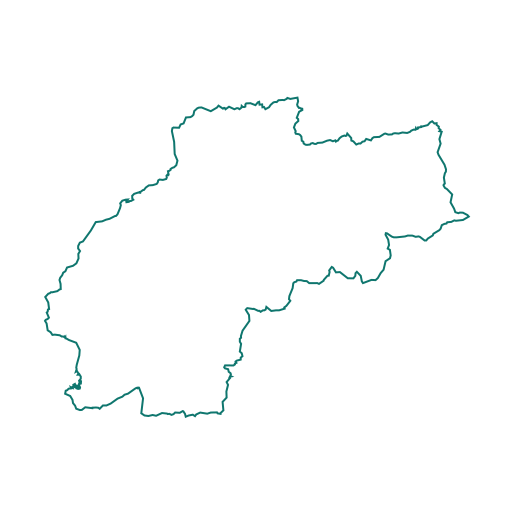 the district of Balsa, Hunedoara, Romania, rotated 86°
{"feature_id": "2599482B86876194197645", "entity_name": "Balsa", "entity_type": "district", "adm_level": 2, "iso_a3": "ROU", "parent_name": "Romania", "parent_adm1": "Hunedoara", "projection": "mercator", "projection_center": [23.071, 46.051], "detail": "fine", "context": "isolated", "style": "outline", "palette": "teal", "viewbox_px": 512, "rotation_deg": 86, "n_neighbors": 0, "source": "geoboundaries", "source_scale": "gbopen_adm2", "svg_char_len": 6098}
<svg xmlns="http://www.w3.org/2000/svg" viewBox="0 0 512 512"><g transform="rotate(86 256 256)"><path d="M279.1,465.8L282.2,469.1L287.8,466.5L294.5,466.1L294.9,467.3L297.0,467.7L297.8,468.7L303.1,466.9L304.3,468.2L305.0,470.2L306.0,471.0L308.7,469.6L315.6,469.0L317.7,466.2L320.5,464.6L320.4,462.2L321.4,457.3L322.8,455.4L322.8,454.1L323.6,452.7L323.3,452.5L324.2,452.1L323.8,451.8L324.5,451.8L326.8,448.4L330.0,441.4L337.4,438.4L342.9,439.2L352.0,442.4L354.9,443.1L356.3,442.8L358.9,443.8L358.3,442.6L360.9,441.3L362.0,442.1L362.1,441.1L361.6,440.5L364.1,439.2L366.2,439.4L368.1,441.2L369.1,440.9L369.0,440.0L367.9,439.2L370.9,439.6L370.8,440.5L372.0,441.0L370.8,441.3L373.0,442.3L373.7,443.3L374.5,442.4L374.5,440.8L375.1,440.7L376.0,441.1L376.2,442.7L375.4,444.5L374.2,444.7L374.2,446.0L373.5,446.4L372.6,444.4L372.1,445.4L371.0,445.6L371.7,447.1L372.8,446.7L373.0,447.2L373.6,447.0L373.8,448.2L374.9,448.0L374.5,448.9L374.8,449.2L374.2,449.9L375.2,449.7L375.3,452.2L376.7,453.7L377.1,455.2L380.1,456.0L382.7,451.1L386.7,449.1L390.0,448.8L392.7,446.9L395.8,446.0L397.4,442.4L397.4,440.5L395.0,436.9L396.4,429.8L395.9,429.7L396.0,426.0L396.4,423.9L397.5,422.6L394.4,419.1L394.7,415.7L393.1,411.3L388.6,404.0L387.0,399.1L385.2,396.8L384.4,393.3L379.9,385.9L379.2,384.4L379.7,383.4L379.0,382.9L379.2,381.9L390.1,378.6L404.9,381.4L407.3,378.4L408.1,374.5L407.4,370.2L408.4,366.8L406.1,360.7L407.0,355.7L407.5,355.1L407.4,353.4L408.6,351.4L408.0,349.3L406.5,347.6L407.1,343.0L405.6,339.9L405.9,339.3L408.6,337.8L411.4,337.3L410.4,334.2L409.9,330.1L411.5,328.0L409.9,326.7L408.3,322.6L409.9,315.6L409.0,312.0L409.3,305.8L410.3,305.3L411.0,302.4L410.2,302.3L407.7,299.3L399.2,299.5L395.2,295.2L389.1,295.0L382.6,292.9L379.7,294.1L376.1,290.6L375.7,291.1L374.6,290.5L374.4,289.0L373.8,290.0L372.3,289.3L371.1,289.6L369.6,291.3L367.0,291.7L365.9,294.8L364.8,295.5L363.0,294.5L363.6,286.1L362.7,284.6L361.8,284.6L361.2,283.0L359.8,283.7L359.0,282.4L358.3,278.5L356.3,278.3L355.0,276.5L352.0,277.0L350.2,278.8L342.6,277.0L340.4,278.1L337.4,277.9L336.5,276.6L334.7,276.6L329.5,274.6L320.3,267.1L314.4,267.1L308.9,270.0L307.7,268.8L307.4,268.3L308.7,262.5L308.5,261.9L310.9,257.6L310.9,256.4L312.0,255.3L310.7,252.9L310.8,251.5L310.1,250.1L307.5,249.2L311.9,244.6L311.6,239.9L311.8,236.7L310.5,231.1L309.3,231.4L307.9,229.2L303.1,224.9L301.4,226.1L298.3,225.5L290.6,221.7L285.8,220.7L284.8,219.6L284.3,217.5L283.0,216.7L283.3,212.7L284.3,209.8L284.6,207.1L286.8,204.8L287.3,196.8L288.2,195.1L285.4,190.3L284.5,190.0L280.7,186.1L280.7,184.8L277.1,183.7L275.5,184.0L272.2,181.2L273.1,179.9L277.9,177.4L277.9,173.4L284.6,166.0L285.1,160.4L282.7,158.3L280.1,157.9L278.8,156.5L283.1,152.9L288.6,152.2L290.5,151.2L287.9,142.5L288.4,138.4L286.5,136.0L281.7,132.8L278.6,129.7L270.2,127.1L267.6,122.5L264.8,121.6L259.2,122.0L257.8,124.1L254.3,122.5L248.9,123.0L243.8,125.3L242.3,124.9L242.5,123.8L246.2,119.1L247.0,117.2L247.2,114.7L246.9,106.0L246.2,103.1L246.6,98.5L248.0,95.4L247.8,92.4L248.4,91.1L252.3,86.7L252.4,85.1L250.6,83.4L247.8,78.2L246.2,77.5L243.0,71.3L241.6,69.9L238.2,68.5L237.1,65.8L236.9,63.7L235.7,62.9L235.6,58.8L234.3,55.7L234.8,54.1L234.5,47.0L231.5,41.0L229.9,42.2L227.2,46.6L226.9,49.7L227.4,51.1L226.2,54.1L222.6,55.1L216.0,58.2L208.3,56.0L202.5,60.9L201.2,62.8L198.7,64.0L197.9,63.8L196.9,62.6L190.9,63.1L186.6,61.8L185.1,60.7L182.8,60.4L178.1,61.6L167.7,66.9L165.1,67.6L156.8,64.0L152.2,64.9L145.0,62.1L144.3,64.3L143.4,63.4L143.7,62.6L141.2,64.9L139.7,64.6L137.8,66.7L136.1,66.6L136.3,68.8L133.9,70.8L134.8,72.9L137.4,75.6L138.4,81.0L138.2,82.1L138.9,82.2L139.1,85.5L140.1,85.4L140.5,86.1L140.5,87.2L139.7,87.6L141.2,88.1L140.9,89.9L141.8,92.4L142.9,93.7L143.8,96.6L143.0,101.3L143.8,105.2L143.2,108.8L143.4,110.6L144.2,111.9L144.1,115.6L142.9,118.3L143.0,119.4L145.8,124.6L145.7,130.1L146.5,131.6L148.7,133.3L146.9,137.9L149.1,139.7L149.4,141.8L151.1,143.9L150.9,145.6L151.8,148.2L148.4,150.9L147.5,152.8L144.9,152.8L140.2,156.4L142.3,157.4L142.5,158.3L142.0,159.4L142.8,162.2L144.3,164.4L146.6,166.3L146.9,167.7L147.4,168.3L146.2,168.8L146.9,171.3L145.5,174.0L145.9,177.0L147.5,181.9L147.5,186.6L148.4,188.3L148.2,190.0L147.3,191.5L147.6,193.3L148.6,194.4L148.7,197.5L148.4,198.9L147.1,200.6L145.3,200.8L144.2,202.3L140.1,202.4L138.4,203.5L137.5,204.7L136.8,207.8L135.4,208.2L134.2,207.7L130.4,209.2L126.7,207.5L124.3,204.4L122.3,204.4L121.0,205.7L115.1,202.9L113.6,199.6L112.3,199.6L112.1,200.1L112.4,200.5L111.2,202.1L111.3,202.8L109.3,204.1L107.8,204.4L104.6,203.2L100.9,203.6L101.7,210.8L100.5,213.7L101.3,214.3L102.5,217.1L102.2,218.5L102.2,222.7L103.9,224.6L103.7,226.2L104.0,227.9L106.3,230.9L108.5,232.6L110.2,236.4L107.9,237.6L108.1,239.2L105.2,239.3L105.3,241.9L102.4,242.1L102.8,243.4L105.5,246.0L103.2,250.9L103.1,255.1L104.0,256.0L106.2,256.2L106.6,257.3L106.4,258.8L105.3,259.8L106.9,260.1L108.4,262.2L107.3,263.7L107.2,264.9L108.1,267.3L105.2,272.5L107.5,276.2L106.1,276.9L106.0,277.6L106.7,278.7L103.4,282.9L105.2,284.6L108.4,291.0L104.0,300.0L104.0,302.6L104.5,304.2L107.1,307.5L110.7,308.5L112.0,309.9L112.9,311.7L112.9,316.2L118.7,319.0L119.5,322.0L122.7,323.8L122.1,329.4L122.7,330.5L125.5,331.2L136.4,329.7L148.6,330.0L155.4,327.7L159.9,329.2L161.8,331.6L162.2,333.3L163.2,335.1L164.1,335.2L165.0,336.6L165.3,337.9L168.8,337.5L169.2,337.9L168.6,338.6L169.7,339.7L171.5,339.5L172.9,340.2L173.6,343.6L173.0,346.9L173.8,348.3L175.8,348.9L177.2,350.1L178.1,354.0L178.1,358.0L180.0,361.1L182.3,363.2L182.4,364.3L184.0,366.7L184.0,367.4L184.8,367.3L184.5,369.2L185.5,373.2L187.3,375.3L190.0,375.4L191.3,374.5L192.4,376.9L192.4,378.8L193.1,379.1L193.3,381.5L192.2,381.6L190.7,380.1L190.7,382.1L191.5,385.5L194.0,387.8L195.8,387.3L198.8,388.3L204.8,391.3L206.3,392.9L206.3,393.9L208.7,399.5L209.3,403.0L210.7,407.1L211.0,413.5L219.1,419.0L229.4,427.6L230.4,430.8L233.6,432.7L236.1,432.9L238.8,431.2L241.5,433.1L246.1,433.2L250.8,435.7L253.0,439.2L254.3,445.3L257.9,447.2L259.2,449.5L261.7,450.7L264.0,452.8L266.2,453.7L270.2,452.9L275.4,453.1L275.7,454.4L277.2,456.6L278.0,461.9L277.8,463.0L278.8,464.4L279.1,465.8Z" fill="none" stroke="#0f766e" stroke-width="2"/></g></svg>